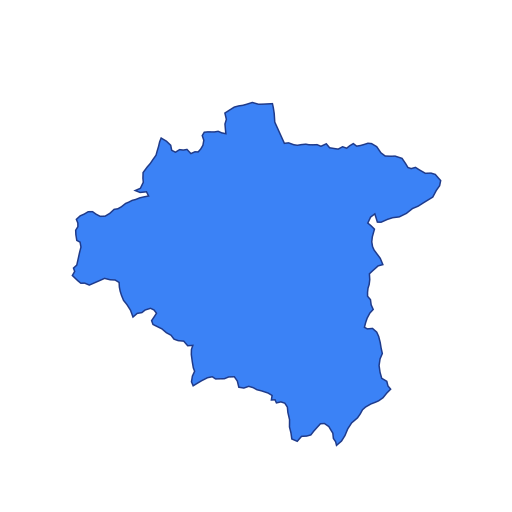 outline of Bragança Paulista, São Paulo, Brazil, rotated 25°
{"feature_id": "56859067B47210019217974", "entity_name": "Bragança Paulista", "entity_type": "district", "adm_level": 2, "iso_a3": "BRA", "parent_name": "Brazil", "parent_adm1": "São Paulo", "projection": "robinson", "projection_center": [-46.559, -22.936], "detail": "fine", "context": "isolated", "style": "filled", "palette": "blue", "viewbox_px": 512, "rotation_deg": 25, "n_neighbors": 0, "source": "geoboundaries", "source_scale": "gbopen_adm2", "svg_char_len": 3438}
<svg xmlns="http://www.w3.org/2000/svg" viewBox="0 0 512 512"><g transform="rotate(25 256 256)"><path d="M403.2,388.6L406.7,390.7L409.0,393.6L411.7,387.6L412.5,381.2L412.2,373.8L413.2,366.8L416.4,359.8L417.2,355.1L417.5,350.3L419.1,346.6L422.6,341.6L425.9,338.2L428.3,335.5L431.0,330.8L432.5,324.8L434.3,319.8L430.5,318.0L427.5,314.3L421.6,313.7L417.5,308.9L413.8,303.2L411.9,296.8L411.7,291.0L408.1,286.3L405.2,282.0L401.2,277.1L397.6,274.0L392.2,272.4L387.7,275.0L384.4,274.8L383.5,270.0L383.0,265.3L383.3,259.6L384.8,254.9L381.0,251.6L378.2,247.2L374.1,245.3L372.4,241.7L371.1,237.8L370.6,234.0L369.1,229.4L366.3,224.2L368.1,219.7L370.9,213.3L374.6,210.2L369.6,205.6L360.5,200.7L357.7,198.3L354.9,194.2L353.3,189.4L352.0,181.6L347.5,180.0L343.4,178.9L343.4,172.3L345.9,167.6L351.7,174.0L355.1,172.5L359.7,167.2L363.7,163.5L369.3,160.0L374.3,153.8L377.8,146.8L381.9,142.3L385.6,136.5L391.3,127.9L391.7,120.3L392.7,114.7L391.5,109.6L388.0,108.1L384.0,106.3L379.6,106.9L374.5,109.5L367.6,108.9L363.1,108.3L359.7,111.2L356.3,111.6L352.6,109.1L347.1,105.8L339.8,106.7L336.3,108.5L330.8,110.8L325.6,109.7L319.2,105.9L313.2,105.3L309.8,106.5L306.9,109.2L304.0,111.7L300.8,113.9L296.7,113.0L294.4,116.4L292.6,120.0L288.3,120.4L285.3,124.4L281.6,125.5L277.0,126.8L272.3,124.6L268.5,129.1L264.3,129.3L260.6,131.2L257.0,132.8L253.9,133.6L250.0,135.9L246.7,138.2L243.2,139.2L237.7,139.7L234.1,141.9L216.4,126.7L212.3,119.2L208.9,114.1L206.5,111.0L198.2,115.4L194.2,117.4L187.8,118.4L183.2,122.6L180.4,125.0L177.0,127.2L173.4,130.2L170.8,134.2L167.4,139.6L171.4,144.7L172.1,149.5L174.8,154.2L177.0,157.9L172.8,158.9L169.0,159.0L165.8,161.2L159.8,163.9L156.8,165.7L156.4,169.6L159.8,173.2L161.1,178.1L160.7,182.4L159.6,186.1L156.6,187.4L153.7,190.7L148.4,188.6L145.4,190.7L141.8,191.9L139.1,196.0L134.9,195.8L131.9,191.7L126.3,189.8L120.2,189.2L120.4,193.1L121.4,198.0L122.1,202.8L122.8,206.9L121.8,212.3L121.1,216.8L119.8,221.3L118.4,228.1L120.7,233.4L122.7,236.8L122.6,243.5L118.9,247.7L124.1,247.4L129.6,244.1L133.3,247.0L129.3,249.9L126.1,252.4L123.0,255.7L120.3,257.9L117.9,261.0L115.6,263.5L113.2,268.3L110.8,271.6L107.7,273.7L105.5,279.1L102.4,283.7L98.0,285.9L93.4,285.7L89.1,284.9L85.2,286.8L82.6,290.6L79.7,293.9L77.7,298.7L80.6,301.4L82.2,304.7L81.7,308.9L83.8,312.9L87.0,317.6L90.7,317.8L93.6,321.9L94.6,327.3L96.2,334.5L97.4,340.0L95.7,344.1L98.2,346.6L97.8,351.3L101.0,352.4L104.9,353.7L108.7,354.7L112.2,353.0L117.2,352.8L121.1,348.4L124.8,344.2L128.2,340.3L133.7,339.2L138.5,337.3L143.1,337.8L145.3,341.9L147.7,345.2L150.5,348.3L154.7,352.2L159.6,354.6L165.2,358.2L170.3,363.3L172.6,358.2L176.5,355.5L178.4,351.7L182.5,348.0L186.3,348.0L190.0,349.9L189.5,353.8L188.7,358.7L191.6,361.6L201.5,361.8L207.2,363.4L212.5,363.7L216.8,366.0L221.2,365.6L226.5,363.7L232.0,366.2L236.5,363.7L237.0,368.0L239.0,372.6L242.9,378.7L246.5,383.9L249.1,386.4L249.1,391.7L250.7,397.3L253.9,400.2L256.7,396.0L259.5,391.9L263.5,386.8L267.4,383.9L271.3,384.5L274.7,382.8L279.2,380.6L282.3,377.2L287.4,374.6L291.9,377.2L295.9,382.2L300.8,380.8L304.5,377.2L309.1,376.5L313.3,376.8L318.0,375.9L324.9,375.1L329.5,375.6L330.8,380.0L334.0,378.3L336.6,380.5L340.2,377.7L344.3,377.2L348.3,379.7L351.0,384.3L355.6,390.2L358.6,396.8L362.4,401.5L365.8,406.7L371.7,406.5L373.5,400.2L378.0,397.8L381.3,395.0L382.4,390.2L383.7,385.9L385.3,380.8L388.8,378.9L394.1,379.8L397.3,382.0L400.5,384.1L403.2,388.6Z" fill="#3b82f6" stroke="#1e3a8a" stroke-width="1.5"/></g></svg>